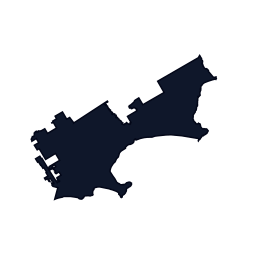 outline of Hope Vale, Queensland, Australia, rotated 54°
{"feature_id": "25037944B25466476596436", "entity_name": "Hope Vale", "entity_type": "district", "adm_level": 2, "iso_a3": "AUS", "parent_name": "Australia", "parent_adm1": "Queensland", "projection": "albers", "projection_center": [145.212, -15.137], "detail": "fine", "context": "isolated", "style": "filled", "palette": "ink", "viewbox_px": 256, "rotation_deg": 54, "n_neighbors": 0, "source": "geoboundaries", "source_scale": "gbopen_adm2", "svg_char_len": 5908}
<svg xmlns="http://www.w3.org/2000/svg" viewBox="0 0 256 256"><g transform="rotate(54 128 128)"><path d="M142.6,229.2L143.0,227.5L143.7,225.4L144.7,223.1L145.3,221.9L145.6,220.2L146.9,218.4L149.8,214.5L153.1,211.1L154.8,209.5L155.3,209.2L156.6,209.0L158.0,207.7L158.4,206.9L158.3,206.0L158.0,205.8L158.3,205.0L157.5,203.4L157.5,202.9L159.3,200.0L160.7,198.5L161.0,197.8L161.1,196.6L161.5,196.4L161.5,195.8L161.2,195.4L160.5,195.3L158.7,194.0L158.4,193.5L158.0,193.3L157.7,191.8L157.1,191.8L156.9,191.5L156.8,189.8L157.8,187.3L159.0,185.5L166.5,178.6L167.1,178.4L168.6,177.1L172.2,174.7L173.7,174.0L175.4,173.5L175.9,173.8L175.8,174.1L176.2,174.4L178.1,174.0L179.5,174.5L180.3,174.3L180.4,173.2L179.5,172.6L179.3,172.0L179.4,170.0L178.9,168.0L178.3,167.4L178.1,166.6L177.2,165.7L176.8,165.6L176.0,164.3L176.4,163.4L176.2,162.6L176.5,161.1L176.4,159.8L175.8,158.4L175.3,158.2L174.7,157.6L172.9,158.3L172.3,159.1L171.5,161.4L171.8,162.8L171.7,163.8L171.2,164.6L171.4,164.9L171.0,165.4L170.7,165.4L170.4,166.2L169.6,167.2L168.7,167.7L167.7,167.9L167.2,168.4L166.3,168.6L165.8,169.0L165.3,169.0L161.1,168.5L157.9,168.5L152.8,168.2L151.6,167.3L150.1,165.4L149.4,164.2L148.2,161.1L147.9,159.8L147.9,158.8L147.5,157.8L146.1,155.4L145.7,152.8L143.3,149.8L142.8,148.3L142.6,146.8L142.9,142.3L142.4,142.0L142.6,141.7L142.0,141.3L141.6,138.7L141.8,137.1L142.7,135.5L143.1,133.2L142.7,131.6L141.3,130.1L141.1,129.3L141.1,128.7L141.4,128.3L141.8,128.7L142.4,128.6L143.7,124.1L145.2,120.6L146.9,117.6L149.5,113.9L150.4,111.0L151.6,108.8L155.9,101.4L158.7,97.2L165.9,89.0L177.3,77.8L178.4,77.1L179.3,77.9L179.7,78.7L179.8,78.7L179.0,77.4L179.4,77.2L179.4,76.5L178.6,74.5L178.6,74.0L178.3,73.7L177.8,72.5L178.2,72.5L178.2,72.2L178.6,71.5L178.2,70.6L178.5,70.4L178.7,68.6L178.4,68.4L178.7,67.3L178.2,66.6L177.9,65.6L177.4,64.8L175.1,64.9L174.5,65.4L174.3,66.0L173.1,67.0L173.0,67.8L172.5,68.2L171.2,68.5L170.1,68.5L169.1,68.2L168.2,67.7L166.8,67.4L166.2,68.0L165.6,68.2L165.8,68.5L165.4,69.7L164.4,70.6L163.3,70.3L163.1,70.5L162.6,70.4L161.4,70.8L160.1,70.3L159.0,70.3L156.9,68.4L156.1,68.0L155.1,65.9L154.7,64.4L153.8,63.6L153.6,62.4L152.8,61.5L151.2,60.1L150.9,58.8L150.4,58.6L150.2,58.1L149.5,58.0L148.9,57.3L146.9,55.8L146.6,55.3L145.4,54.5L144.5,53.5L144.5,53.0L144.3,52.8L143.7,52.8L144.2,52.1L143.9,50.4L141.6,49.2L141.4,48.7L141.1,48.5L140.2,47.0L139.6,46.5L139.6,46.8L139.1,46.7L137.5,44.7L136.9,44.3L136.7,43.6L136.9,43.3L136.3,42.0L136.2,39.6L137.2,35.7L138.6,31.4L139.8,28.4L140.3,28.3L139.9,27.4L139.0,27.2L138.4,26.8L137.6,28.8L136.6,29.2L129.7,29.7L128.7,29.1L126.9,29.3L125.9,29.9L126.0,30.4L125.7,30.7L124.2,31.0L122.1,30.7L121.8,30.9L121.7,30.6L119.8,30.0L119.7,30.4L119.4,30.3L118.4,28.8L117.3,28.2L116.9,28.2L116.0,28.5L114.9,27.6L113.6,27.7L112.8,27.5L112.6,27.7L112.0,27.4L111.4,27.4L112.5,29.8L107.6,76.5L120.5,77.9L117.9,102.3L110.0,101.6L109.7,105.8L109.8,106.6L110.5,107.9L110.9,111.8L110.9,113.5L110.7,113.7L110.9,114.1L111.7,114.1L111.5,114.5L111.8,114.8L112.2,114.7L112.4,115.0L112.8,115.0L113.0,114.6L112.7,114.6L113.5,114.1L113.3,113.8L113.8,113.5L114.4,113.8L114.5,113.6L114.7,113.1L114.5,112.2L115.0,111.7L114.8,111.3L114.8,111.0L115.4,110.7L115.6,110.9L116.1,110.3L116.7,110.3L117.3,109.8L118.0,109.7L118.1,109.9L118.0,110.4L118.4,110.5L118.7,110.3L119.3,110.9L118.3,121.6L125.1,122.3L125.1,123.4L126.1,123.4L126.3,124.1L125.7,124.5L125.7,125.0L125.4,125.3L124.5,125.4L123.6,125.9L122.8,125.9L122.8,126.4L123.3,126.6L123.1,126.9L123.3,127.4L122.9,127.6L122.7,128.1L123.1,129.3L122.6,129.7L121.8,129.7L121.4,130.5L121.2,130.6L120.9,130.2L120.7,129.4L120.2,129.8L120.0,129.6L117.9,129.6L116.2,130.4L115.4,130.1L114.5,130.6L113.4,130.3L113.2,130.5L113.4,130.8L112.6,131.3L112.6,131.7L112.3,131.8L111.7,131.3L111.7,130.6L111.1,130.6L110.9,130.2L110.4,130.2L109.8,131.1L109.3,130.9L109.0,130.5L108.8,130.5L107.9,131.5L107.9,131.9L108.1,132.4L107.7,132.9L106.5,132.2L106.5,131.6L105.8,131.6L105.5,132.0L104.3,132.0L104.1,132.5L103.7,132.4L103.0,131.7L102.0,132.6L101.8,132.2L101.3,132.0L101.0,132.3L100.3,132.1L99.9,132.5L98.3,131.7L97.9,132.0L97.1,132.0L96.8,132.6L96.5,132.4L96.5,132.0L96.1,131.8L95.9,132.0L95.7,133.0L94.9,133.2L94.7,132.6L94.7,131.4L94.4,130.6L94.9,129.9L95.0,129.1L94.8,128.9L94.1,128.9L92.1,168.6L91.9,168.3L91.2,168.9L85.2,169.0L84.8,172.4L76.5,171.6L75.6,180.0L78.6,180.4L78.2,184.8L79.1,184.9L79.0,186.6L79.3,186.6L79.5,185.1L86.0,185.8L85.1,196.3L79.7,195.8L79.2,200.3L78.9,200.5L78.2,201.8L77.7,202.2L78.4,202.8L78.3,203.3L76.9,204.0L77.2,204.3L77.3,204.9L76.6,205.2L77.0,206.3L77.0,206.9L77.8,207.2L79.2,208.8L79.4,209.4L78.7,210.4L79.2,210.9L79.9,212.4L80.4,213.0L81.5,213.1L82.2,213.5L82.6,208.4L87.4,208.8L86.9,213.9L92.3,214.3L92.5,212.0L105.0,213.1L106.0,201.6L114.0,202.3L112.9,214.4L113.5,215.2L114.8,215.3L114.7,216.6L102.1,215.5L102.0,216.1L99.0,215.9L98.6,220.9L102.5,221.2L102.5,220.3L106.8,220.6L106.8,220.2L110.6,220.5L110.7,219.3L116.1,219.8L116.0,220.6L119.8,220.9L119.4,225.0L121.4,225.2L121.6,223.0L124.8,223.3L125.5,222.6L122.9,222.4L123.1,220.4L126.2,220.7L126.5,220.2L129.3,220.3L129.5,220.5L129.5,221.1L129.0,221.1L129.0,220.6L128.3,220.7L128.2,220.9L128.4,221.5L127.9,221.7L128.1,221.9L128.1,222.4L129.2,222.6L129.6,223.1L131.1,223.0L135.0,219.8L142.6,229.2ZM121.2,212.8L121.4,213.3L121.8,213.1L122.1,213.2L122.3,213.0L122.7,213.0L123.0,209.6L126.8,209.9L126.4,214.7L126.9,215.0L127.3,214.7L128.0,215.2L128.4,215.1L128.6,215.3L128.7,215.7L129.0,215.5L129.0,215.1L129.7,215.0L129.9,214.5L130.4,214.4L130.8,214.6L131.0,214.9L130.8,215.4L130.3,215.3L130.1,215.9L130.8,215.9L130.4,216.8L130.5,217.3L130.3,217.5L130.0,217.4L130.1,217.5L116.0,216.7L116.4,212.4L115.9,212.6L115.6,212.5L115.3,212.8L115.0,212.4L115.1,211.9L114.5,211.3L114.7,208.9L116.8,209.1L116.5,212.0L116.9,212.7L117.4,212.8L117.4,211.8L117.7,212.0L118.3,212.1L118.7,212.4L120.0,211.8L120.6,212.4L120.5,213.0L121.2,212.8Z" fill="#0f172a" stroke="#020617" stroke-width="1.5"/></g></svg>